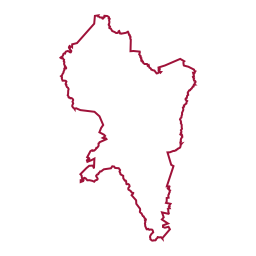 the district of Del Nayar, Nayarit, Mexico
{"feature_id": "50627088B12787486609303", "entity_name": "Del Nayar", "entity_type": "district", "adm_level": 2, "iso_a3": "MEX", "parent_name": "Mexico", "parent_adm1": "Nayarit", "projection": "mercator", "projection_center": [-104.607, 22.056], "detail": "fine", "context": "isolated", "style": "outline", "palette": "rose", "viewbox_px": 256, "rotation_deg": 0, "n_neighbors": 0, "source": "geoboundaries", "source_scale": "gbopen_adm2", "svg_char_len": 5721}
<svg xmlns="http://www.w3.org/2000/svg" viewBox="0 0 256 256"><path d="M72.2,44.3L72.1,47.0L71.8,46.7L70.9,46.8L69.6,46.0L68.9,47.2L69.0,47.9L69.9,48.3L69.8,49.4L71.2,50.7L71.3,51.1L70.8,52.3L70.4,52.4L69.7,52.1L68.7,51.3L67.8,51.0L65.9,51.6L65.2,52.6L65.1,53.5L63.9,53.5L63.3,54.1L63.1,55.3L62.7,55.9L61.9,56.8L61.0,57.2L60.5,57.7L61.4,58.3L62.4,57.8L63.0,58.4L63.2,59.0L64.1,59.8L63.7,61.2L64.4,62.1L64.1,63.2L64.2,64.5L65.0,65.9L64.8,67.0L65.1,67.2L65.7,67.0L66.2,68.0L66.1,68.4L64.3,68.8L64.3,70.3L63.6,71.4L63.5,72.6L62.6,73.9L61.9,75.6L61.0,76.2L62.0,77.2L61.8,78.5L62.6,80.7L65.0,80.7L65.8,80.9L66.4,81.6L65.6,83.9L65.7,84.3L65.8,84.5L65.9,84.2L66.4,84.7L66.3,85.6L66.9,87.0L68.0,87.8L68.6,89.1L68.2,90.6L68.1,93.8L67.7,95.3L68.6,96.5L68.5,97.1L68.7,97.5L69.7,97.7L70.3,98.3L70.9,98.0L71.7,98.2L72.5,98.8L73.1,99.6L73.1,100.4L72.5,101.6L73.2,103.4L72.4,105.1L72.2,106.1L72.9,107.4L74.1,108.4L74.6,109.1L74.6,108.7L76.2,108.3L80.4,110.1L94.5,111.8L99.5,116.3L103.2,125.0L101.1,128.0L99.4,132.3L104.0,134.7L105.1,135.9L103.7,137.4L102.8,137.9L104.9,138.8L104.9,138.5L105.2,138.2L106.2,138.6L106.5,139.2L99.6,142.2L99.3,142.9L98.5,143.5L98.6,145.6L98.3,146.3L97.0,147.9L96.3,147.9L95.8,149.2L94.3,150.5L93.9,150.7L92.9,150.3L92.6,150.8L91.7,150.4L90.4,151.2L87.2,157.2L88.3,157.6L89.2,158.3L89.4,159.4L89.2,159.9L88.2,159.3L87.7,159.4L86.9,160.3L87.4,161.8L91.2,160.3L94.4,158.6L94.0,167.6L93.7,167.7L92.8,165.6L89.2,165.8L86.3,168.2L80.4,174.2L81.6,175.5L81.9,177.7L82.6,180.1L80.7,180.2L80.7,182.0L83.1,181.1L83.5,180.4L83.6,178.3L84.3,177.8L85.6,178.3L87.3,180.3L89.5,180.2L92.5,180.9L94.2,181.7L95.4,180.3L96.7,180.0L97.5,179.4L97.6,178.5L96.2,176.3L96.2,175.6L97.2,174.5L98.3,174.2L98.7,173.0L99.4,172.6L100.1,171.4L101.5,171.3L102.2,170.5L103.9,169.3L110.9,168.3L112.3,166.3L114.2,166.6L114.9,167.8L115.6,168.0L118.7,168.2L120.1,170.1L119.5,171.6L120.4,173.3L120.3,173.9L120.8,174.5L123.2,175.8L123.3,178.3L124.8,180.6L125.6,180.5L126.1,181.1L126.4,184.0L126.6,184.2L128.4,184.1L129.2,184.8L129.6,186.3L128.3,188.1L128.3,189.2L128.6,189.7L130.6,190.9L131.7,192.5L133.2,192.9L133.1,193.6L131.6,195.2L136.1,200.3L136.3,203.8L140.0,208.7L140.2,210.1L139.9,211.1L139.9,212.0L140.6,212.8L141.5,213.4L142.8,216.0L143.8,216.5L144.1,217.5L145.8,219.3L145.9,219.8L144.9,220.2L145.4,221.9L144.9,223.3L145.2,224.9L145.2,226.0L146.5,229.0L147.0,229.4L147.8,228.9L148.4,228.9L149.2,229.8L150.4,229.5L151.9,229.6L152.7,230.4L153.2,232.3L151.3,234.1L150.2,236.0L150.0,237.2L150.4,238.1L150.4,239.3L152.1,240.6L153.1,240.6L153.6,240.3L155.2,240.4L155.9,239.9L156.3,238.8L157.4,238.0L157.7,237.1L159.5,237.4L161.0,237.2L162.4,238.7L162.3,238.2L169.9,229.3L168.5,226.8L164.9,227.7L163.0,227.0L163.0,225.4L168.0,223.5L161.9,219.5L163.7,217.3L162.0,212.4L168.4,213.8L168.8,213.5L168.3,211.3L168.3,209.4L167.9,208.9L168.6,208.2L169.6,208.2L169.2,207.5L169.6,206.6L169.0,206.2L170.5,203.8L166.0,202.9L166.7,201.3L166.7,198.0L168.6,197.7L168.3,195.8L168.5,194.6L169.0,194.0L169.0,193.4L169.7,192.1L169.7,190.9L169.9,190.6L169.5,190.5L169.3,189.5L168.5,189.2L167.8,188.5L168.1,188.1L168.9,187.9L168.8,187.5L169.5,186.7L169.4,186.4L166.8,186.4L173.5,166.1L171.2,164.8L167.5,152.4L169.9,152.3L173.4,150.9L174.1,151.0L176.0,150.3L176.1,149.9L177.5,149.3L177.6,148.8L179.8,147.8L180.2,147.3L180.7,145.5L180.6,144.9L181.6,143.7L181.0,143.9L180.5,143.6L180.3,142.6L180.6,142.2L180.5,141.9L181.0,141.3L180.7,140.2L181.1,138.6L181.8,137.6L181.9,136.9L182.3,136.8L182.1,135.1L180.9,134.8L181.0,134.3L180.7,134.2L180.9,134.0L180.7,133.8L180.7,133.4L181.2,133.2L181.1,132.3L181.4,131.9L181.3,131.1L180.9,130.2L182.0,128.8L181.7,127.4L181.7,124.8L180.8,123.1L181.1,122.2L180.6,120.5L180.0,119.4L180.5,118.3L181.4,117.5L181.6,115.7L182.1,114.6L182.0,112.9L183.2,110.2L183.3,109.1L182.9,107.5L184.1,106.7L183.9,105.5L184.3,105.4L184.7,104.7L186.4,103.5L186.5,102.0L187.2,101.0L185.7,99.8L185.5,99.1L185.8,98.4L186.8,97.9L187.2,95.6L188.2,94.9L188.0,93.8L187.8,93.6L187.8,92.4L188.6,91.4L188.9,90.7L189.4,90.2L190.1,90.2L190.9,89.0L191.6,88.6L192.3,87.4L192.7,87.1L192.8,86.6L193.6,86.4L193.6,85.7L194.1,84.8L194.8,84.7L194.5,84.5L194.7,84.4L194.6,83.2L195.4,82.5L195.5,81.5L194.7,80.7L194.1,80.6L193.7,79.3L194.1,78.2L193.2,77.6L192.9,76.8L193.3,76.5L193.7,76.6L194.0,76.2L193.1,72.9L193.6,73.0L194.1,73.7L194.7,72.7L194.7,72.1L195.3,71.3L194.5,71.0L194.0,69.6L188.3,66.7L184.0,65.6L183.7,65.1L183.4,62.8L183.7,61.6L184.2,61.2L180.2,58.9L164.9,65.5L158.5,67.5L158.6,68.4L159.3,68.3L159.8,68.9L159.7,69.6L158.6,70.1L158.6,70.5L159.0,70.5L159.9,71.9L161.0,72.0L160.4,72.7L159.9,72.2L158.8,72.3L157.8,73.2L156.6,73.4L154.4,70.5L153.0,70.3L152.4,69.9L151.4,69.7L150.7,68.4L149.3,67.5L148.7,65.1L147.7,65.7L147.4,64.3L147.0,64.0L144.6,64.0L143.3,63.0L143.0,61.9L142.5,61.8L142.5,61.1L142.2,60.6L141.4,60.8L141.2,60.2L141.4,59.2L141.1,58.7L141.3,58.2L140.9,58.0L140.8,57.3L140.4,57.0L140.7,56.5L140.7,56.1L139.9,55.6L139.7,54.9L139.2,54.4L139.8,52.5L139.7,51.6L133.5,51.0L130.5,51.2L130.8,39.5L130.4,39.0L130.2,37.8L130.4,37.6L130.2,37.3L130.4,36.5L129.8,36.0L129.8,35.3L129.1,35.0L129.0,34.7L129.2,34.4L128.6,33.6L128.3,32.2L127.9,31.7L126.0,32.8L121.1,33.7L120.7,33.3L120.0,33.4L119.4,32.1L119.5,31.8L119.2,31.0L118.6,31.3L118.2,32.4L117.7,32.9L116.1,33.0L114.6,32.0L112.2,31.0L110.8,28.6L109.4,28.1L109.3,27.8L109.9,26.6L109.4,26.3L109.3,25.5L108.9,25.2L109.0,24.8L108.7,24.4L109.3,23.1L109.4,21.8L109.1,20.3L109.3,19.3L109.7,18.9L109.1,18.1L108.8,18.1L109.0,17.4L108.7,16.9L107.1,16.0L104.4,15.8L104.2,16.4L104.6,16.9L104.4,17.4L103.7,17.5L103.2,17.9L103.1,18.5L102.5,18.6L102.2,18.2L102.4,18.0L102.2,17.5L99.9,17.4L98.6,16.3L98.1,16.4L97.9,15.7L98.1,15.4L94.9,15.9L94.2,23.7L77.0,43.1L72.2,44.3Z" fill="none" stroke="#9f1239" stroke-width="2"/></svg>